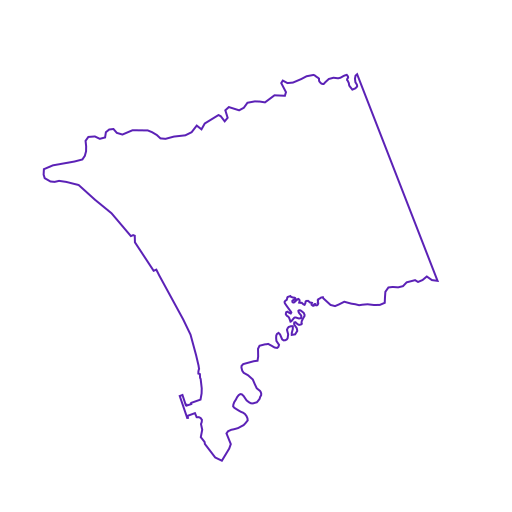 the district of Seberang Perai Utara, Pulau Pinang, Malaysia, rotated 337°
{"feature_id": "92858781B46264786477712", "entity_name": "Seberang Perai Utara", "entity_type": "district", "adm_level": 2, "iso_a3": "MYS", "parent_name": "Malaysia", "parent_adm1": "Pulau Pinang", "projection": "mercator", "projection_center": [100.433, 5.483], "detail": "fine", "context": "isolated", "style": "outline", "palette": "violet", "viewbox_px": 512, "rotation_deg": 337, "n_neighbors": 0, "source": "geoboundaries", "source_scale": "gbopen_adm2", "svg_char_len": 4856}
<svg xmlns="http://www.w3.org/2000/svg" viewBox="0 0 512 512"><g transform="rotate(337 256 256)"><path d="M413.4,349.8L420.1,128.2L418.1,128.9L416.4,131.4L415.4,134.9L415.7,136.7L415.8,138.2L415.3,139.5L413.0,140.5L409.7,140.5L408.5,136.1L408.5,135.0L409.0,133.2L408.9,130.6L408.6,129.5L409.2,128.6L410.5,127.8L410.8,126.7L410.3,124.7L408.4,124.5L406.9,124.5L405.4,124.7L403.4,124.9L401.0,124.5L397.0,122.2L392.2,121.5L387.7,123.1L385.5,124.1L384.6,123.7L383.6,122.9L382.9,121.4L382.5,119.9L382.7,118.8L383.3,117.3L382.6,116.0L381.7,114.7L380.6,112.7L379.7,111.8L372.8,110.3L366.8,110.8L357.8,110.8L352.5,109.1L349.2,105.0L346.8,106.7L347.6,116.9L345.2,119.8L335.8,115.3L330.9,116.5L324.3,118.1L319.8,115.3L315.3,113.2L308.0,111.6L302.7,114.8L297.4,115.3L289.2,108.3L284.7,109.9L283.9,117.7L279.8,119.8L278.2,113.6L276.5,111.6L260.6,114.0L255.3,118.1L252.4,112.8L245.1,116.9L238.1,117.3L227.1,114.0L218.5,112.8L214.0,110.4L212.0,105.9L208.7,101.4L205.4,98.1L191.5,92.0L187.9,92.0L180.5,92.0L176.0,88.3L174.4,83.4L170.3,82.2L166.2,83.4L163.4,87.9L158.0,87.1L154.4,83.0L148.2,80.9L144.1,83.4L142.5,88.7L140.5,93.2L137.6,96.9L133.9,99.3L125.8,98.1L104.5,93.2L94.7,93.2L92.3,98.1L91.9,101.8L95.9,107.1L99.6,109.1L104.1,109.9L110.2,113.6L120.5,121.4L129.8,141.4L139.7,160.2L148.6,188.8L151.1,188.8L152.3,190.0L149.9,196.1L156.0,229.6L158.9,229.6L159.3,235.8L164.2,286.0L165.0,302.8L162.1,323.9L160.3,334.4L160.0,335.5L159.7,336.7L159.5,337.7L158.8,338.4L157.9,339.7L157.0,341.7L158.2,342.8L156.9,346.3L157.0,347.6L154.3,356.7L152.2,361.3L148.8,366.5L139.1,365.9L138.6,366.1L138.5,367.0L133.8,366.6L133.9,365.8L133.1,365.8L134.0,355.2L131.1,355.1L129.4,378.2L130.1,378.4L130.5,376.4L138.4,376.8L138.4,381.2L139.4,381.7L140.4,382.0L141.7,383.5L142.2,385.7L141.1,387.7L139.7,389.2L138.6,394.9L134.4,401.2L136.0,407.1L135.5,409.1L139.7,425.5L144.6,431.1L156.1,422.8L159.3,419.3L159.5,407.8L161.8,406.4L165.3,406.3L167.7,406.8L169.8,407.1L172.2,407.4L178.6,406.8L180.9,405.8L184.1,404.1L184.7,402.1L184.7,399.7L184.1,397.2L182.9,395.2L181.2,393.5L179.6,391.4L178.2,389.4L176.7,387.2L176.2,385.5L177.2,383.8L178.9,382.0L181.4,380.3L183.4,378.6L185.7,377.3L187.6,377.0L188.9,377.8L189.9,380.1L190.3,382.2L190.9,385.2L191.6,386.5L192.6,388.2L193.9,389.7L195.6,390.5L197.5,390.7L199.6,391.0L201.6,390.0L203.5,388.9L204.8,387.3L206.3,386.2L207.0,384.8L207.2,383.3L207.0,381.8L205.0,378.1L204.8,373.1L204.8,370.6L204.8,368.4L202.1,362.7L199.0,358.7L198.5,356.2L199.0,353.0L199.8,351.5L202.0,350.5L212.9,352.0L216.5,353.0L218.7,349.4L220.6,344.7L221.6,342.2L224.2,340.0L229.6,340.8L231.1,341.3L232.9,341.7L233.9,343.0L235.3,344.7L236.8,346.8L237.6,347.7L239.6,348.9L241.1,348.4L242.5,346.8L241.6,342.2L242.5,339.3L243.6,337.1L244.8,336.0L246.7,335.6L247.5,337.6L247.5,339.7L247.5,343.0L248.5,344.5L250.2,345.0L251.8,344.8L253.0,344.0L255.0,340.7L255.4,337.8L255.7,336.0L257.0,334.8L258.3,334.1L260.8,334.3L262.1,334.8L262.4,335.2L261.2,337.8L260.3,338.9L259.5,340.0L258.8,340.9L258.1,342.6L261.4,343.4L264.7,341.1L265.1,339.5L265.3,338.3L264.9,336.5L264.5,334.7L264.5,333.4L265.3,332.1L266.5,332.4L266.9,333.5L267.5,334.7L268.3,335.9L269.2,336.4L271.0,336.6L271.7,336.3L271.9,335.0L272.7,333.8L274.5,332.2L275.8,331.2L277.1,330.3L277.7,329.2L277.7,328.1L277.7,327.1L276.9,325.5L275.8,323.6L275.1,323.0L274.2,322.8L273.6,323.0L273.3,324.1L273.4,325.3L273.8,326.7L274.2,327.9L274.3,328.6L274.0,329.5L273.7,330.0L273.0,330.8L271.1,330.3L269.9,329.3L268.8,328.3L267.9,327.8L267.1,327.8L266.2,328.2L263.9,329.4L263.0,329.9L262.1,329.9L262.3,326.7L262.3,325.5L261.9,324.3L261.1,323.2L260.8,322.1L260.7,321.2L261.3,320.2L261.9,319.5L263.1,319.5L264.0,320.8L265.5,322.5L266.4,321.9L266.4,320.9L266.0,319.5L264.7,313.8L264.1,310.8L264.3,309.5L264.9,309.0L265.8,308.6L267.1,308.4L267.9,307.5L268.4,306.7L269.1,306.1L270.3,306.2L272.0,306.3L272.2,307.2L273.7,308.6L275.0,309.3L275.6,309.9L275.7,310.6L274.9,311.0L273.8,311.1L272.7,311.2L271.8,311.6L271.6,312.8L272.1,313.4L273.1,313.6L274.7,313.0L276.4,312.4L277.7,312.0L278.3,312.1L278.5,312.6L278.8,313.3L278.6,314.5L278.0,315.2L277.5,315.8L278.8,316.6L279.8,316.9L280.4,318.3L280.8,319.1L281.6,319.9L283.0,318.7L283.8,317.4L284.7,317.0L286.5,317.7L286.9,318.6L287.5,319.9L288.4,320.4L289.2,321.0L288.5,321.8L288.1,322.5L288.8,323.9L289.6,324.3L290.3,323.4L291.1,323.1L291.8,323.4L291.3,324.1L291.8,324.7L292.7,325.2L293.7,325.0L294.5,324.3L294.9,323.7L294.7,322.9L295.7,321.4L295.6,320.7L296.5,320.1L297.8,320.1L298.7,319.9L299.4,319.7L300.8,319.9L301.5,320.1L301.4,321.2L305.5,330.2L309.2,333.0L313.3,333.0L319.4,332.6L325.1,337.1L328.4,339.1L331.7,341.6L334.9,342.4L339.8,344.0L345.6,347.3L350.9,349.4L356.2,349.4L358.6,344.4L361.1,339.5L365.6,336.7L369.7,337.9L374.6,340.4L379.5,341.2L384.4,339.1L393.0,340.4L395.0,343.2L399.9,343.2L405.2,341.6L408.5,346.9L413.4,349.8Z" fill="none" stroke="#5b21b6" stroke-width="2"/></g></svg>